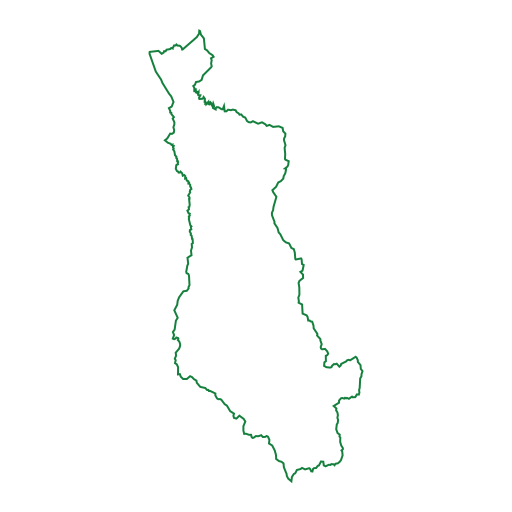 outline of Bellavista, San Martín, Peru
{"feature_id": "86281439B21945192230195", "entity_name": "Bellavista", "entity_type": "district", "adm_level": 2, "iso_a3": "PER", "parent_name": "Peru", "parent_adm1": "San Martín", "projection": "natural_earth1", "projection_center": [-76.375, -7.551], "detail": "fine", "context": "isolated", "style": "outline", "palette": "green", "viewbox_px": 512, "rotation_deg": 0, "n_neighbors": 0, "source": "geoboundaries", "source_scale": "gbopen_adm2", "svg_char_len": 6044}
<svg xmlns="http://www.w3.org/2000/svg" viewBox="0 0 512 512"><path d="M288.7,161.2L285.4,159.7L285.0,159.0L285.2,153.8L284.6,147.9L285.5,145.2L284.0,140.2L284.1,138.4L285.2,136.4L285.4,133.6L283.2,131.3L282.6,127.9L278.8,126.3L273.1,126.9L269.5,124.9L266.7,125.9L265.4,124.3L262.0,122.3L258.1,123.7L252.9,121.2L250.8,122.4L248.8,122.2L247.1,121.1L245.2,117.5L243.2,116.8L241.2,114.4L239.5,114.7L238.8,113.5L236.6,112.1L235.7,110.3L232.8,109.6L230.9,110.2L228.1,109.7L226.4,111.3L224.7,111.3L224.0,106.0L222.7,109.3L221.5,109.2L218.6,107.3L216.7,107.2L215.6,108.6L215.6,109.4L213.0,108.0L212.8,106.7L213.7,106.6L213.1,106.0L213.9,105.6L213.2,103.5L212.9,104.6L211.8,105.3L211.4,104.6L211.8,104.1L211.1,103.8L211.0,102.9L210.2,102.0L209.1,102.9L209.8,103.8L209.3,104.4L208.0,103.8L208.1,102.1L206.2,104.3L206.0,103.3L205.3,103.6L205.4,102.5L204.8,101.9L205.8,100.8L204.7,101.3L204.9,98.8L203.6,97.0L202.8,98.7L199.4,99.0L199.0,97.8L200.3,95.3L198.3,95.1L197.9,93.9L198.6,92.9L198.6,92.1L198.1,92.9L198.0,91.9L197.1,91.7L196.6,92.7L196.1,92.5L196.5,91.8L196.1,91.1L194.3,91.1L194.3,90.0L195.3,90.7L195.8,89.3L194.9,89.1L193.3,86.0L195.0,84.7L196.0,82.0L199.1,81.5L201.6,79.9L203.0,75.4L211.3,67.1L211.7,66.3L211.1,63.5L211.7,60.4L211.0,58.3L213.6,56.8L212.6,55.2L209.3,53.1L207.0,50.3L204.9,49.0L203.9,38.4L200.9,34.6L200.0,31.1L199.3,30.7L199.1,33.6L196.8,37.1L182.6,49.5L182.1,49.5L181.8,48.0L180.8,46.6L179.7,45.7L177.5,45.6L176.4,44.5L175.6,45.5L174.1,45.4L173.1,47.5L171.9,47.9L172.2,48.4L170.9,48.2L170.1,49.1L166.5,49.7L165.6,51.3L164.1,51.2L163.7,52.5L161.7,53.8L158.5,50.9L149.7,51.9L149.5,53.6L155.8,71.6L161.1,79.6L162.4,82.9L169.0,93.6L171.2,96.3L173.5,101.9L171.7,106.6L168.9,108.1L170.2,110.9L170.2,112.5L171.3,112.8L171.4,114.1L173.9,117.1L172.7,118.6L174.4,122.3L174.3,124.6L173.4,127.2L174.2,130.1L173.8,132.6L171.9,133.9L170.2,133.6L167.2,138.5L164.9,140.3L167.8,142.7L170.7,143.8L171.4,144.8L172.4,144.6L172.2,145.2L173.0,145.6L173.0,146.5L173.6,146.3L173.2,147.7L173.7,148.7L173.1,149.4L174.4,151.4L175.0,155.2L176.4,156.7L176.2,157.9L177.1,158.7L177.2,161.1L177.8,161.1L178.1,162.3L177.7,163.1L178.0,164.3L176.3,165.1L175.8,168.8L177.0,171.1L178.0,171.5L178.6,172.6L179.8,172.6L180.5,171.6L182.1,173.2L182.8,175.7L184.2,175.0L185.3,176.1L185.1,178.5L186.1,178.2L186.8,180.6L188.3,181.2L188.4,183.3L189.2,183.0L189.3,184.0L190.2,184.9L190.2,186.7L191.0,187.4L191.4,189.1L190.3,189.7L189.8,191.4L190.2,192.3L188.2,195.6L189.5,197.4L189.5,198.9L189.1,199.0L189.7,204.9L189.3,206.9L188.6,207.2L189.0,209.3L187.4,210.7L188.5,213.1L189.8,213.7L189.4,215.3L189.7,215.7L188.8,216.7L189.2,217.7L188.8,218.9L190.3,225.2L191.4,226.3L190.8,226.9L191.3,229.4L189.9,230.0L189.8,231.7L190.9,233.5L190.7,234.9L191.6,235.7L192.1,239.0L192.6,239.1L192.9,243.0L191.7,244.0L192.0,247.4L191.0,250.6L191.5,255.2L187.5,257.7L188.2,263.9L187.4,265.4L186.2,271.8L186.6,273.2L188.3,273.9L189.0,275.6L189.5,285.1L188.5,287.2L188.6,288.5L186.8,290.8L183.4,291.3L179.1,297.3L177.7,300.8L177.2,304.8L174.3,310.3L177.7,317.8L175.9,320.7L174.6,329.7L172.9,332.0L174.1,335.1L172.8,338.6L174.1,339.2L175.6,338.6L176.3,337.5L178.0,338.0L178.4,338.9L177.9,340.1L179.3,341.6L180.1,344.0L180.1,346.0L179.1,348.7L175.7,352.7L176.1,355.6L174.8,358.8L175.7,360.2L175.0,363.2L176.8,364.3L178.1,367.2L178.0,374.4L179.8,374.1L180.8,376.7L183.1,379.0L186.8,379.0L190.1,376.2L192.0,377.1L193.9,379.1L196.4,380.6L196.8,382.8L200.3,386.9L205.3,388.0L207.1,390.0L208.4,389.9L208.9,391.0L210.5,391.1L215.4,393.5L215.3,395.3L217.0,398.4L218.3,399.2L220.1,399.1L221.3,399.7L224.7,404.2L226.9,405.6L230.2,411.2L234.0,413.6L233.4,415.8L234.0,417.9L236.4,418.6L239.4,415.7L243.7,418.9L245.3,421.5L243.4,426.2L243.4,430.6L244.2,433.9L245.9,433.7L249.0,434.8L251.1,434.8L251.6,437.0L252.5,437.9L253.7,437.7L255.8,436.1L258.5,436.2L261.2,435.2L262.8,437.0L265.2,436.9L266.6,436.0L268.0,436.7L269.4,439.9L269.0,443.5L272.2,445.5L274.8,450.6L276.0,455.1L276.2,459.0L279.0,461.1L281.3,461.7L283.5,463.3L283.9,467.3L286.6,474.0L286.8,475.9L288.2,478.6L291.4,481.3L291.9,477.0L293.8,474.0L295.2,473.3L296.9,470.0L300.6,469.0L302.0,467.9L305.1,469.4L309.2,468.2L310.0,468.8L311.2,471.3L312.4,471.5L313.1,468.9L314.0,468.2L316.1,468.0L317.8,465.8L318.9,465.5L321.0,461.5L323.3,461.7L323.8,465.4L325.6,466.3L328.7,464.8L330.6,464.9L331.3,464.1L333.7,464.3L334.5,465.2L335.6,463.7L337.7,463.4L339.5,462.0L341.0,460.1L342.6,455.3L342.2,451.4L341.5,450.4L342.8,449.4L342.9,448.2L341.2,445.4L340.2,442.0L340.3,437.5L339.5,436.6L339.7,434.6L337.6,433.1L336.2,429.2L336.8,424.4L337.7,423.0L338.1,420.0L337.4,417.8L337.9,415.0L337.4,412.4L336.1,410.3L336.4,408.5L333.7,406.0L339.0,402.7L339.1,400.5L341.0,398.3L342.3,398.0L344.2,398.6L345.0,397.8L346.1,398.4L346.9,397.9L348.9,398.8L352.0,396.6L352.7,397.3L355.3,397.1L356.9,394.4L358.8,394.6L359.4,392.7L359.1,390.1L359.7,387.8L360.2,378.4L361.4,376.4L361.5,374.2L362.5,371.1L360.8,368.9L360.5,365.1L357.9,362.0L357.8,360.2L356.6,357.6L355.6,356.8L350.1,360.3L348.7,359.8L347.1,360.3L346.2,361.4L341.2,363.9L340.8,365.4L339.4,366.7L336.7,363.7L335.0,364.3L334.0,364.0L332.0,365.8L331.5,367.1L330.2,367.6L326.4,367.2L324.1,365.9L324.4,362.3L325.9,361.2L325.8,355.8L327.2,355.2L328.2,353.7L327.2,351.3L325.0,348.9L322.2,349.3L321.0,348.5L320.7,347.0L321.7,344.1L320.4,340.6L320.4,339.1L317.1,335.5L317.4,333.9L313.7,328.4L313.5,325.6L312.2,321.7L310.3,321.3L309.7,320.5L308.2,320.5L307.6,317.0L306.7,315.4L302.6,313.6L302.1,304.5L298.6,302.7L298.9,301.3L298.3,297.7L299.4,294.8L299.3,287.3L298.6,283.0L299.5,280.8L303.1,278.0L303.0,274.6L300.4,271.9L302.5,270.7L303.7,265.0L302.0,264.0L301.6,259.3L301.0,258.4L295.8,259.5L295.3,259.0L294.8,252.6L293.8,249.1L291.4,248.0L289.1,243.4L285.9,242.4L283.2,240.1L280.3,234.2L278.7,232.5L277.5,228.0L274.4,223.3L274.5,221.8L272.0,215.3L271.9,212.8L273.1,210.2L273.5,206.9L276.4,196.8L273.2,192.2L272.4,190.2L276.1,186.8L278.2,182.5L280.9,181.1L283.3,178.6L283.7,176.2L285.3,173.2L286.1,169.3L286.0,168.7L285.0,168.5L287.4,166.6L288.2,165.0L288.7,161.2Z" fill="none" stroke="#15803d" stroke-width="2"/></svg>